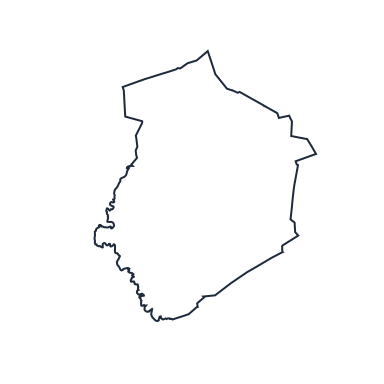 Priekule, Priekules, Latvia, rotated 121°
{"feature_id": "27541924B71923790852793", "entity_name": "Priekule", "entity_type": "district", "adm_level": 2, "iso_a3": "LVA", "parent_name": "Latvia", "parent_adm1": "Priekules", "projection": "orthographic", "projection_center": [21.612, 56.446], "detail": "fine", "context": "isolated", "style": "outline", "palette": "slate", "viewbox_px": 384, "rotation_deg": 121, "n_neighbors": 0, "source": "geoboundaries", "source_scale": "gbopen_adm2", "svg_char_len": 6055}
<svg xmlns="http://www.w3.org/2000/svg" viewBox="0 0 384 384"><g transform="rotate(121 192 192)"><path d="M94.8,268.6L101.7,274.6L105.6,278.2L119.9,290.9L124.9,295.0L137.7,305.5L139.3,303.7L140.3,302.6L140.6,302.4L145.9,298.8L160.4,289.0L161.7,288.0L157.0,271.2L157.9,270.5L158.9,270.3L160.6,270.1L167.2,269.6L172.6,269.2L175.0,267.1L181.3,262.2L181.6,262.1L182.7,262.0L185.5,261.6L189.1,258.8L191.1,256.7L195.4,257.4L199.1,258.0L199.6,258.1L200.2,256.3L200.9,257.6L202.4,259.4L203.6,260.2L204.5,260.4L205.1,260.1L204.2,258.4L205.3,258.5L207.7,258.3L210.3,257.4L211.7,257.2L213.6,257.7L215.6,259.0L216.8,259.8L217.9,260.1L218.5,259.7L219.2,259.2L220.1,259.0L220.4,259.0L221.3,259.1L222.8,259.0L224.9,258.7L226.1,258.7L227.4,258.8L228.9,259.2L230.6,259.1L232.1,258.6L233.5,257.9L234.7,256.5L236.0,256.0L237.4,255.0L238.1,255.0L238.8,255.6L239.1,255.8L239.2,255.7L239.4,255.0L239.8,254.1L240.2,253.7L240.5,253.6L240.8,253.6L241.3,253.8L241.6,254.2L241.8,254.6L241.8,255.2L241.9,255.6L242.3,256.0L242.9,256.4L243.3,256.4L244.5,256.2L245.0,255.8L245.2,255.4L245.1,254.9L245.2,254.4L245.3,253.8L245.1,253.4L244.9,252.7L244.9,252.2L245.0,251.7L245.3,251.4L245.8,251.2L246.7,251.2L247.5,251.3L248.0,251.6L248.3,252.2L248.5,252.6L249.2,252.5L249.7,252.6L250.2,252.9L250.3,253.2L250.1,254.1L249.6,255.0L249.6,255.3L249.7,256.3L249.9,256.5L250.5,256.3L252.3,255.8L252.6,255.5L252.9,254.6L253.9,254.2L254.5,253.7L255.0,252.4L255.8,251.6L256.2,251.5L256.6,251.5L256.9,251.0L257.4,250.5L259.4,250.0L260.0,249.8L261.0,249.3L261.0,249.1L261.0,248.8L260.6,248.2L260.4,247.6L259.1,245.7L259.0,244.7L259.0,243.9L259.2,243.4L259.7,242.7L260.8,241.6L261.2,241.4L262.8,241.4L264.2,241.8L264.6,242.1L264.7,242.4L264.7,242.9L264.5,243.2L264.2,243.3L263.9,243.4L263.7,243.4L263.6,243.8L263.6,244.1L263.9,244.5L264.8,245.2L265.5,245.6L266.0,246.2L266.5,247.2L266.7,247.9L267.4,249.2L267.6,249.8L267.6,250.3L267.5,250.6L267.5,250.9L267.6,251.2L268.1,251.6L268.3,251.9L268.3,252.2L268.1,252.6L267.7,252.7L267.5,252.8L267.4,253.2L267.5,253.7L267.8,254.2L268.2,254.4L268.7,254.5L269.0,254.4L269.5,253.9L269.9,253.6L270.2,253.5L270.6,253.8L271.0,254.2L271.7,254.4L272.3,254.9L273.5,255.0L274.5,254.4L276.0,254.9L279.2,252.8L281.9,251.7L284.4,249.6L285.3,249.4L286.6,247.9L286.1,246.8L286.8,246.2L286.5,243.9L285.7,243.0L285.9,241.4L285.7,240.3L285.4,240.0L282.7,241.7L281.7,241.5L281.0,241.1L280.7,240.1L281.2,238.9L281.6,237.9L281.3,236.9L280.4,236.6L279.3,236.5L278.8,235.7L279.4,234.9L280.3,234.4L280.6,233.7L279.7,232.7L278.8,232.3L277.9,232.2L277.1,232.1L277.0,231.5L277.4,230.5L279.0,229.5L282.9,227.3L283.6,226.4L283.6,225.6L283.0,224.7L283.2,223.8L283.7,223.0L283.8,222.0L284.0,220.9L284.6,220.6L285.5,220.7L286.8,220.5L287.4,220.3L288.1,220.5L288.8,220.5L289.7,220.4L290.7,220.4L291.9,219.4L292.8,218.5L293.9,215.6L295.4,213.4L295.6,212.2L294.7,211.3L293.2,211.1L290.3,208.1L290.0,207.4L290.1,206.5L291.0,207.1L291.4,206.4L291.2,205.8L291.7,205.4L292.1,205.4L292.8,205.8L293.2,205.4L293.2,203.7L292.9,203.1L292.5,201.9L292.4,201.7L292.6,200.0L292.9,200.1L293.6,200.5L294.2,200.5L294.5,200.3L294.6,200.1L294.6,199.7L294.4,199.1L294.4,198.7L294.5,198.4L294.6,198.2L294.8,198.2L295.0,198.2L295.3,198.4L295.9,198.9L296.2,199.1L296.6,199.3L297.0,199.4L297.3,199.3L297.9,199.0L298.4,199.0L299.2,199.1L299.8,198.6L300.2,198.2L300.2,197.8L299.6,197.2L298.6,195.7L299.0,194.9L299.4,194.8L300.4,193.5L300.3,193.2L300.0,193.0L299.9,192.6L300.0,192.3L299.9,192.0L299.8,191.7L299.6,191.4L299.3,191.2L299.3,190.8L299.6,190.6L299.8,190.3L300.1,190.1L300.2,189.9L300.4,189.7L300.8,189.6L300.9,189.4L301.2,189.3L301.4,188.9L302.4,188.7L302.8,188.5L303.5,187.3L304.4,188.0L304.8,188.1L305.4,188.0L306.5,187.5L306.7,187.3L306.9,187.1L307.1,186.1L307.3,185.7L307.5,185.0L307.3,184.7L307.2,184.2L306.3,183.7L306.1,183.3L305.8,183.2L305.6,182.9L305.2,182.7L304.9,182.3L305.1,181.6L305.0,181.1L305.3,180.0L305.8,179.9L306.0,180.3L306.3,180.6L306.5,180.9L306.9,181.7L307.4,181.9L307.8,181.9L308.0,182.7L308.3,182.7L309.2,183.1L309.4,183.0L309.5,182.9L309.6,182.4L310.2,180.8L310.4,180.6L310.9,180.2L311.2,179.4L311.9,179.3L312.3,179.1L312.4,178.9L312.7,178.7L313.4,178.6L313.7,178.3L314.6,177.5L315.0,177.5L315.1,177.4L315.3,177.2L315.4,176.8L315.3,176.2L315.0,175.8L314.8,175.6L314.4,175.2L314.0,175.2L313.6,175.0L313.6,174.7L313.8,174.3L313.6,174.0L313.5,173.7L313.0,173.0L313.9,173.1L314.7,173.4L315.3,173.1L317.0,172.3L317.6,171.7L317.9,170.6L318.0,170.1L317.9,169.2L316.8,167.4L316.3,167.2L316.1,167.4L314.7,166.8L313.3,166.2L313.9,165.8L313.6,165.6L315.5,164.9L317.7,164.1L317.8,163.9L319.0,162.8L319.3,162.1L319.9,161.3L319.9,161.1L320.8,157.6L320.9,156.5L320.3,155.0L319.7,154.6L319.2,154.4L318.9,154.7L318.5,154.8L318.1,155.0L317.5,155.0L317.0,155.1L316.1,155.5L315.8,155.4L315.6,155.4L315.4,155.3L315.0,155.2L314.7,154.7L315.1,154.5L315.6,154.5L315.8,153.5L316.2,153.5L316.2,153.3L316.2,152.9L316.3,151.4L315.7,150.7L314.3,149.7L314.1,149.6L313.9,148.3L313.6,148.2L312.8,147.6L312.0,146.3L311.6,145.0L311.8,145.0L311.4,144.4L311.4,143.8L311.0,143.0L311.1,142.8L308.9,141.0L303.5,136.2L298.4,131.9L288.5,128.7L288.3,128.6L287.7,127.9L284.8,130.2L284.6,130.2L276.5,127.5L275.9,127.3L275.7,128.4L268.7,119.0L253.7,113.1L250.0,111.6L233.9,104.2L232.9,103.8L223.2,98.4L207.1,89.7L206.8,89.5L197.8,84.0L197.6,83.9L196.9,83.4L196.9,83.5L195.4,84.7L192.7,86.4L191.7,86.9L191.1,86.8L177.2,79.8L174.6,78.5L173.3,82.9L165.4,88.3L165.1,90.2L165.1,90.7L164.8,93.4L154.8,98.0L146.0,102.2L138.4,105.7L133.5,107.8L114.3,115.0L114.3,115.3L114.4,116.5L112.3,119.0L101.6,110.3L96.4,106.0L95.5,105.3L90.4,114.6L87.6,120.1L87.3,120.5L88.8,124.5L89.7,126.9L90.5,129.0L91.9,133.0L92.9,135.8L92.5,136.0L80.0,142.7L77.5,146.7L76.5,148.0L79.6,151.3L79.9,151.6L80.5,152.3L80.8,152.6L83.3,155.2L83.8,155.6L80.5,159.5L80.9,173.7L81.2,174.2L81.7,174.9L80.9,174.5L80.9,175.0L81.7,202.7L83.4,204.0L84.1,210.0L84.3,210.0L84.5,211.2L84.9,212.7L85.1,214.0L85.5,215.1L79.0,232.7L75.2,237.0L70.3,242.7L63.1,251.1L76.9,255.8L83.9,262.1L92.1,265.7L93.3,268.2L94.8,268.6Z" fill="none" stroke="#1e293b" stroke-width="2"/></g></svg>